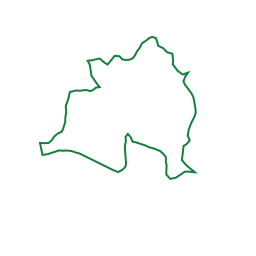 outline of Bonfinópolis, Goiás, Brazil, rotated 139°
{"feature_id": "56859067B14300569311798", "entity_name": "Bonfinópolis", "entity_type": "district", "adm_level": 2, "iso_a3": "BRA", "parent_name": "Brazil", "parent_adm1": "Goiás", "projection": "mercator", "projection_center": [-49.007, -16.591], "detail": "fine", "context": "isolated", "style": "outline", "palette": "green", "viewbox_px": 256, "rotation_deg": 139, "n_neighbors": 0, "source": "geoboundaries", "source_scale": "gbopen_adm2", "svg_char_len": 1595}
<svg xmlns="http://www.w3.org/2000/svg" viewBox="0 0 256 256"><g transform="rotate(139 128 128)"><path d="M129.5,61.9L124.8,59.2L120.3,58.5L113.6,57.7L111.2,55.6L106.6,50.8L108.4,61.3L108.4,68.5L103.5,72.8L100.0,76.1L97.6,78.0L94.6,77.4L89.6,78.1L87.9,83.1L83.1,87.0L77.6,90.0L74.8,91.2L70.6,92.9L66.9,95.0L64.3,98.5L62.7,101.2L60.9,104.1L58.4,108.4L57.3,113.2L56.6,123.2L55.6,126.8L51.2,129.2L46.4,130.4L51.6,132.5L53.0,138.2L52.5,146.4L49.4,149.7L45.8,154.9L48.9,159.8L49.1,165.2L51.3,170.2L49.6,173.5L48.0,177.6L50.0,181.0L53.1,182.0L57.4,182.1L61.9,182.8L66.1,181.0L71.3,179.8L75.6,178.1L78.6,177.5L82.1,178.6L85.3,181.0L87.3,183.6L87.3,187.7L90.8,191.2L97.5,190.0L101.8,189.3L102.9,193.2L103.9,199.1L111.1,203.0L114.3,205.2L115.3,200.8L117.4,197.6L119.1,194.8L121.3,191.4L121.7,187.6L122.4,182.2L122.6,177.5L125.7,179.5L129.1,179.6L132.3,180.5L134.1,183.6L136.8,185.7L139.9,187.7L142.6,190.4L148.3,193.3L151.9,190.6L155.7,188.1L160.5,185.5L164.1,180.7L168.5,176.9L171.7,173.5L174.7,171.7L177.6,169.9L180.5,168.7L184.6,169.9L189.2,170.0L193.8,168.7L197.8,168.8L201.1,171.4L204.2,174.5L210.2,163.8L205.7,160.9L201.0,159.0L198.1,157.6L194.8,156.4L192.2,153.7L188.9,151.1L185.6,147.5L183.9,144.5L181.3,140.5L168.3,109.5L166.4,105.1L164.3,101.2L160.0,100.2L155.7,100.3L152.7,102.4L150.9,105.0L148.0,108.9L144.5,113.6L141.9,116.7L138.4,119.3L135.7,122.9L132.0,123.6L132.0,119.4L133.5,114.6L131.3,111.8L128.9,107.6L126.4,103.6L124.9,100.0L121.9,95.5L118.9,89.6L118.3,85.3L118.6,81.1L121.5,77.8L123.3,74.6L126.4,71.3L129.6,67.8L129.5,61.9Z" fill="none" stroke="#15803d" stroke-width="2"/></g></svg>